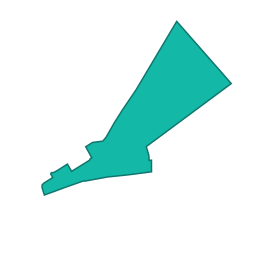 the district of Ksar, Nouakchott, Mauritania, rotated 49°
{"feature_id": "47542326B19939520283708", "entity_name": "Ksar", "entity_type": "district", "adm_level": 2, "iso_a3": "MRT", "parent_name": "Mauritania", "parent_adm1": "Nouakchott", "projection": "natural_earth1", "projection_center": [-15.967, 18.123], "detail": "fine", "context": "isolated", "style": "filled", "palette": "teal", "viewbox_px": 256, "rotation_deg": 49, "n_neighbors": 0, "source": "geoboundaries", "source_scale": "gbopen_adm2", "svg_char_len": 646}
<svg xmlns="http://www.w3.org/2000/svg" viewBox="0 0 256 256"><g transform="rotate(49 128 128)"><path d="M131.8,213.8L138.8,196.2L139.8,195.4L151.3,175.9L152.3,174.5L162.0,160.7L165.5,155.6L176.5,139.0L167.7,131.4L166.3,133.3L162.3,130.2L154.0,126.4L162.2,20.9L79.5,21.3L104.5,97.0L110.7,120.3L115.0,134.7L120.6,150.7L121.4,155.6L115.7,164.1L114.4,172.2L126.7,174.9L126.4,176.7L127.1,178.1L123.7,199.0L115.5,197.4L113.7,209.2L113.0,212.6L112.2,214.4L111.4,215.1L112.0,216.5L116.0,217.3L115.0,223.8L114.5,227.0L114.5,228.3L114.5,229.9L115.7,231.3L116.9,232.1L123.7,235.1L131.8,213.8Z" fill="#14b8a6" stroke="#0f766e" stroke-width="1.5"/></g></svg>